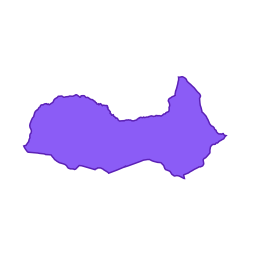 Saliste, Sibiu, Romania (Mercator projection), rotated 31°
{"feature_id": "2599482B49493178649584", "entity_name": "Saliste", "entity_type": "district", "adm_level": 2, "iso_a3": "ROU", "parent_name": "Romania", "parent_adm1": "Sibiu", "projection": "mercator", "projection_center": [23.761, 45.54], "detail": "fine", "context": "isolated", "style": "filled", "palette": "violet", "viewbox_px": 256, "rotation_deg": 31, "n_neighbors": 0, "source": "geoboundaries", "source_scale": "gbopen_adm2", "svg_char_len": 5792}
<svg xmlns="http://www.w3.org/2000/svg" viewBox="0 0 256 256"><g transform="rotate(31 128 128)"><path d="M216.0,84.0L214.7,84.5L214.4,84.5L213.1,84.2L212.6,83.7L212.3,83.8L212.1,84.0L212.0,84.3L211.5,84.7L211.2,85.2L211.0,85.3L210.1,85.5L209.2,86.2L208.6,86.3L207.5,86.2L205.9,85.7L205.7,85.6L204.9,84.8L204.1,84.5L203.4,84.6L203.0,84.5L201.6,83.4L200.9,83.2L199.7,83.0L199.1,83.2L198.1,83.2L196.8,82.7L195.9,82.4L192.2,79.7L190.7,78.9L189.4,78.0L188.4,77.5L185.4,76.6L183.9,76.2L183.2,76.2L182.8,75.8L182.6,75.4L182.0,74.8L180.2,73.0L178.1,71.2L176.6,69.3L174.1,65.8L173.8,63.5L173.3,62.8L171.8,61.9L168.7,61.2L164.1,59.5L161.2,58.9L159.2,58.4L157.1,58.1L154.8,57.6L153.8,57.0L152.8,56.2L151.0,55.8L148.8,55.9L147.9,56.2L145.7,58.2L145.1,58.4L145.8,59.3L146.7,60.9L147.0,62.1L147.5,63.5L147.9,64.4L148.5,66.5L149.3,69.2L149.5,70.3L149.8,71.2L149.7,71.6L149.9,72.1L150.4,73.3L150.8,74.5L151.6,75.8L151.1,76.4L151.0,76.9L150.5,77.5L149.7,78.5L149.1,80.1L148.3,81.3L148.1,82.4L148.4,83.7L148.6,84.1L150.1,85.0L151.3,86.1L152.1,87.1L152.3,87.6L152.6,89.2L152.7,89.5L153.3,90.2L153.8,91.1L154.3,92.2L154.3,93.1L154.1,93.2L153.7,94.0L153.0,94.7L152.8,95.2L152.6,95.5L152.7,96.2L152.6,96.5L152.3,96.9L151.4,97.7L151.3,98.1L151.2,98.3L151.2,98.6L150.6,100.1L150.3,100.6L149.8,100.9L148.9,101.0L148.4,101.5L147.8,101.8L147.6,101.8L147.1,102.3L146.6,102.3L146.4,102.4L146.2,102.7L145.6,102.8L145.5,103.0L145.3,103.8L145.0,104.0L143.7,105.1L143.0,105.1L142.6,105.4L141.7,105.6L141.2,106.2L140.8,106.6L140.6,107.0L140.3,107.2L140.0,107.4L139.7,108.2L139.3,108.5L138.5,108.8L138.3,109.1L138.1,109.3L137.2,110.2L136.7,110.6L135.9,110.5L135.7,110.6L135.5,111.2L135.2,111.6L134.8,111.8L133.4,112.2L133.1,112.6L132.5,113.2L132.4,113.5L132.5,113.8L132.0,114.2L131.8,114.7L131.7,115.3L131.3,115.9L131.4,116.4L131.2,116.8L130.1,117.8L129.5,118.6L128.7,119.3L127.2,119.9L126.2,119.8L125.3,120.4L124.3,120.7L123.4,121.5L122.7,121.8L122.2,122.4L121.7,122.7L121.5,123.0L121.2,123.6L120.8,123.9L120.4,124.2L120.0,124.2L119.7,124.5L119.5,124.8L118.8,125.2L118.3,125.4L117.7,126.1L117.4,126.3L117.0,126.4L115.2,126.1L114.7,125.6L113.7,125.2L113.0,125.3L112.7,125.8L112.3,125.8L111.9,125.5L111.1,125.3L110.5,125.3L110.1,125.2L109.9,125.3L109.7,125.3L108.7,124.3L108.4,124.2L108.3,124.3L108.2,124.7L107.9,125.2L107.5,125.4L107.2,125.4L106.8,124.9L106.5,124.7L105.5,124.7L104.9,124.5L104.8,123.6L104.6,123.4L104.4,123.2L103.9,123.1L103.5,122.9L103.1,122.6L102.7,122.5L101.9,122.5L101.3,122.2L101.1,121.8L100.2,121.3L100.2,120.9L99.8,120.8L99.9,120.5L99.5,120.4L99.1,120.0L98.9,119.7L98.6,119.6L97.7,119.9L96.9,120.5L95.6,120.9L94.9,121.3L94.6,121.5L94.7,121.9L94.6,122.0L94.4,122.1L93.5,121.7L93.1,121.6L92.3,121.3L91.9,121.3L91.7,121.5L91.3,122.7L90.9,123.0L90.7,122.7L90.6,122.4L90.4,122.3L89.8,123.1L89.3,123.4L88.5,123.2L88.1,122.8L88.0,122.7L86.9,122.8L85.9,122.2L85.1,122.3L83.1,122.0L82.6,122.1L81.6,122.6L81.1,122.7L78.4,122.5L77.9,122.5L77.3,122.7L76.5,123.4L76.2,123.5L75.8,123.5L74.9,123.1L73.9,122.9L73.6,123.0L73.0,123.3L71.5,124.3L71.3,124.5L71.2,124.9L71.4,125.8L71.2,126.2L71.0,126.4L69.8,126.2L67.5,126.0L67.0,126.0L66.4,126.2L66.1,126.5L65.7,127.4L65.4,127.6L64.9,128.5L64.4,129.1L63.7,129.6L61.8,130.5L61.3,130.9L60.7,131.8L60.4,132.1L59.9,132.3L58.4,133.5L58.2,133.7L58.1,134.0L57.2,134.7L56.9,134.8L55.6,134.7L55.0,134.7L54.2,135.0L53.5,135.7L52.7,136.2L52.2,136.5L51.9,136.8L51.8,137.1L51.7,138.0L51.6,138.4L51.3,138.8L50.4,140.6L50.3,140.9L50.1,142.0L50.4,144.1L50.3,144.9L49.4,146.7L48.8,148.2L48.5,148.6L48.3,148.7L47.6,148.5L47.2,148.5L46.9,149.2L46.6,149.4L45.7,149.1L45.2,149.4L44.2,150.2L43.6,151.1L43.4,151.7L43.2,151.9L42.0,152.7L41.7,153.0L41.5,154.2L41.7,154.7L41.7,155.3L41.6,155.5L41.4,155.8L41.2,156.3L41.2,158.2L41.1,158.9L41.0,159.1L40.7,159.3L40.8,159.6L40.7,159.9L40.5,160.4L40.2,160.8L40.0,161.5L40.2,162.3L40.2,163.4L40.5,163.9L40.7,165.0L40.9,165.4L40.9,165.8L41.3,166.6L41.3,167.3L41.1,167.7L41.0,168.6L41.0,169.4L41.2,170.7L41.2,171.3L41.4,172.0L41.6,173.2L41.7,173.6L41.7,173.9L41.9,174.8L42.2,175.7L42.6,176.6L43.6,177.8L44.2,178.3L45.5,179.1L46.3,179.8L46.8,180.4L47.0,180.9L47.5,182.3L47.3,183.3L47.3,183.7L47.6,184.7L48.4,186.2L48.8,186.6L49.0,187.0L49.1,188.5L49.5,189.9L49.7,190.2L49.9,191.3L49.7,191.6L49.7,192.4L49.5,194.9L49.5,195.5L48.8,196.1L47.9,197.1L49.2,198.0L50.9,198.9L53.8,200.1L54.8,200.2L63.6,195.9L65.3,195.3L69.8,193.2L71.0,193.2L73.8,191.7L75.9,190.7L78.3,191.7L79.5,192.0L81.0,192.7L81.9,192.9L82.8,192.9L84.1,193.1L87.0,193.1L91.1,192.0L93.1,191.7L94.9,192.0L96.2,192.7L97.4,193.1L98.3,193.0L99.6,192.7L102.3,191.2L103.3,191.2L103.7,190.9L104.2,190.3L104.4,189.9L105.5,185.3L107.8,184.2L121.1,180.7L121.0,180.3L121.2,180.0L121.5,179.8L121.6,179.6L121.8,179.3L122.1,179.0L122.2,178.9L122.2,178.6L122.5,177.9L123.1,177.5L123.9,177.1L124.6,176.5L125.6,176.3L127.7,176.1L128.8,176.3L132.6,176.3L134.1,176.4L134.7,176.7L140.3,169.6L144.4,164.0L144.8,163.3L144.8,163.6L147.7,160.3L155.7,150.4L157.8,147.6L160.8,145.1L162.7,143.9L165.6,143.7L167.4,143.3L171.1,142.2L173.5,141.0L174.7,140.8L175.9,141.3L176.8,141.4L178.4,142.1L179.6,143.2L180.2,143.5L180.4,143.8L180.8,143.9L181.5,144.3L185.4,143.6L186.5,143.6L189.5,145.1L192.3,145.3L192.7,145.1L194.4,143.6L195.7,143.1L196.6,142.8L202.0,142.4L202.4,142.2L199.9,139.7L199.9,139.4L202.9,135.5L203.8,133.5L205.2,131.1L206.0,129.5L206.7,128.4L207.3,127.5L208.5,125.6L209.0,124.6L209.9,124.2L211.0,122.8L211.5,121.9L211.5,120.1L211.1,119.3L209.2,117.1L208.8,116.4L208.9,115.4L209.0,114.7L209.8,113.7L210.3,111.4L211.0,107.4L210.8,106.7L209.6,104.8L208.4,101.6L208.6,99.9L208.8,99.2L209.3,98.3L210.8,97.3L211.2,96.8L211.3,95.5L211.9,95.0L212.4,94.8L212.8,93.6L212.8,93.0L213.2,92.0L213.9,91.0L214.4,89.9L215.2,88.6L215.6,87.9L215.6,85.5L216.0,84.0Z" fill="#8b5cf6" stroke="#5b21b6" stroke-width="1.5"/></g></svg>